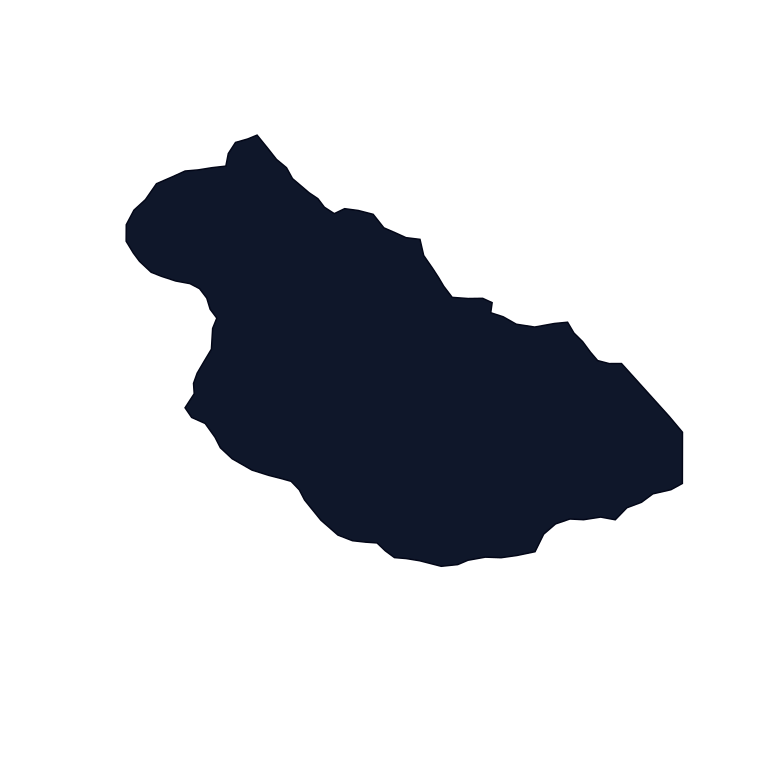 outline of Alagoa Nova, Paraíba, Brazil, rotated 33°
{"feature_id": "56859067B38668562827759", "entity_name": "Alagoa Nova", "entity_type": "district", "adm_level": 2, "iso_a3": "BRA", "parent_name": "Brazil", "parent_adm1": "Paraíba", "projection": "albers", "projection_center": [-35.775, -7.065], "detail": "fine", "context": "isolated", "style": "filled", "palette": "ink", "viewbox_px": 768, "rotation_deg": 33, "n_neighbors": 0, "source": "geoboundaries", "source_scale": "gbopen_adm2", "svg_char_len": 1484}
<svg xmlns="http://www.w3.org/2000/svg" viewBox="0 0 768 768"><g transform="rotate(33 384 384)"><path d="M660.6,261.9L641.0,255.9L572.0,237.5L561.8,244.2L550.4,248.0L539.6,244.8L527.6,240.3L515.5,237.8L504.3,232.2L493.9,240.5L479.3,254.2L462.4,261.8L447.4,262.7L434.7,266.1L430.4,256.9L420.1,258.4L408.0,266.5L394.0,274.2L380.9,269.5L371.8,265.0L361.9,260.6L347.3,254.6L335.4,243.1L322.7,249.3L312.6,250.8L298.8,253.1L282.5,247.6L267.9,252.5L255.5,258.4L249.5,268.2L237.7,268.2L227.7,264.6L216.9,264.4L205.5,262.9L195.4,261.6L184.4,255.7L171.5,254.2L158.3,249.7L142.0,244.4L136.1,252.9L127.9,262.3L127.9,275.5L132.7,287.4L122.0,296.2L111.6,305.6L101.2,313.7L93.2,326.2L84.1,339.9L83.5,359.3L79.6,374.4L81.1,390.8L90.0,404.7L102.5,410.7L112.2,414.3L127.9,417.1L138.7,414.9L153.1,411.1L166.6,405.5L177.4,404.5L188.6,408.5L197.5,416.0L207.9,419.8L210.0,430.7L220.3,448.8L220.8,463.1L221.4,476.7L223.9,487.2L230.1,495.5L230.1,512.3L240.9,516.8L255.5,514.5L271.3,520.7L281.5,526.6L297.4,529.4L320.2,528.1L337.1,523.4L348.3,519.6L359.1,516.2L370.6,518.9L380.5,524.5L390.2,527.7L405.3,532.6L427.7,535.8L442.9,532.6L454.8,526.6L464.7,521.1L475.9,523.2L487.3,523.9L497.7,518.3L510.2,512.8L521.2,509.1L531.3,505.7L544.2,495.3L550.4,486.1L563.3,474.0L576.8,465.9L588.9,455.4L602.0,442.4L599.7,423.0L604.1,407.9L613.4,396.0L625.3,389.1L638.2,377.6L651.9,371.9L655.1,355.5L664.4,342.9L669.3,329.7L682.2,316.4L688.4,304.9L660.6,261.9Z" fill="#0f172a" stroke="#020617" stroke-width="1.5"/></g></svg>